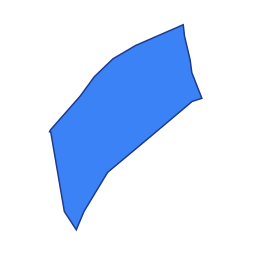 outline of 26, Ad Dawhah, Qatar, rotated 157°
{"feature_id": "91078587B74187630814278", "entity_name": "26", "entity_type": "district", "adm_level": 2, "iso_a3": "QAT", "parent_name": "Qatar", "parent_adm1": "Ad Dawhah", "projection": "albers", "projection_center": [51.545, 25.271], "detail": "fine", "context": "isolated", "style": "filled", "palette": "blue", "viewbox_px": 256, "rotation_deg": 157, "n_neighbors": 0, "source": "geoboundaries", "source_scale": "gbopen_adm2", "svg_char_len": 410}
<svg xmlns="http://www.w3.org/2000/svg" viewBox="0 0 256 256"><g transform="rotate(157 128 128)"><path d="M36.8,201.5L88.7,201.0L114.7,197.6L138.9,188.4L159.8,175.9L200.0,156.6L201.7,155.2L201.4,154.9L200.7,154.4L219.2,76.1L215.4,54.5L204.3,65.3L201.0,68.5L164.0,95.2L114.1,110.3L58.6,127.4L48.4,126.5L47.6,154.1L44.2,166.4L40.1,190.4L36.8,201.5Z" fill="#3b82f6" stroke="#1e3a8a" stroke-width="1.5"/></g></svg>